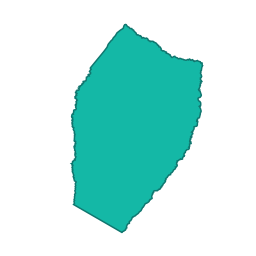 outline of General Alvear, Mendoza, Argentina, rotated 30°
{"feature_id": "61730980B19531104090182", "entity_name": "General Alvear", "entity_type": "district", "adm_level": 2, "iso_a3": "ARG", "parent_name": "Argentina", "parent_adm1": "Mendoza", "projection": "albers", "projection_center": [-66.959, -35.244], "detail": "fine", "context": "isolated", "style": "filled", "palette": "teal", "viewbox_px": 256, "rotation_deg": 30, "n_neighbors": 0, "source": "geoboundaries", "source_scale": "gbopen_adm2", "svg_char_len": 5799}
<svg xmlns="http://www.w3.org/2000/svg" viewBox="0 0 256 256"><g transform="rotate(30 128 128)"><path d="M173.9,66.7L175.1,65.4L175.3,63.5L175.0,62.8L172.1,60.2L171.2,60.1L171.2,59.4L170.4,59.8L169.9,59.5L169.8,59.1L170.0,58.4L169.4,55.0L168.9,55.0L168.9,54.0L168.4,53.4L168.8,52.7L167.8,51.9L168.7,51.2L168.8,50.8L166.4,49.7L165.7,48.4L166.2,47.8L166.0,46.5L165.4,46.2L165.3,45.7L163.2,44.2L163.3,43.3L162.4,42.3L162.8,41.6L161.6,38.6L161.4,36.6L161.0,36.6L160.2,35.6L159.8,34.7L159.3,34.7L158.6,35.3L157.5,34.5L155.4,35.0L154.4,34.8L153.2,36.2L152.4,36.5L152.3,37.1L151.8,37.3L151.2,36.9L150.6,37.0L149.8,36.5L149.3,36.9L148.9,37.8L148.3,38.0L147.5,37.5L146.7,37.6L146.5,38.7L145.6,38.7L144.4,40.3L141.7,41.1L141.1,40.9L140.1,41.5L139.0,41.4L137.9,41.9L137.6,42.5L136.8,42.9L135.8,42.6L133.6,43.0L132.7,42.5L132.0,43.1L131.0,44.9L130.6,45.0L128.9,44.4L128.1,43.6L127.4,43.9L126.8,43.6L124.9,43.7L123.8,44.1L123.3,43.1L123.0,43.1L122.7,43.3L120.3,43.3L119.3,44.0L118.4,43.8L117.8,43.9L116.8,42.5L116.4,42.5L115.5,41.8L114.0,42.2L113.3,41.2L112.2,41.5L111.9,41.1L109.7,40.4L108.5,40.6L108.0,40.4L107.3,40.8L106.6,40.4L106.1,40.5L105.0,41.1L104.2,42.0L103.8,41.6L102.8,42.0L102.0,41.7L101.7,41.9L100.6,41.0L99.2,40.8L98.0,41.9L96.1,42.0L95.2,43.1L93.7,42.0L92.9,42.3L92.5,41.9L91.8,42.3L89.9,42.3L89.6,42.8L89.1,42.8L88.2,42.5L87.7,41.8L84.8,41.1L83.8,40.4L82.6,40.7L81.6,40.0L79.8,40.8L78.3,40.2L76.8,40.4L74.8,39.4L74.2,39.5L73.5,40.2L73.4,41.4L74.0,44.2L72.6,46.8L70.9,51.1L70.9,54.3L70.2,57.3L70.3,59.2L69.7,60.9L69.1,64.5L69.0,65.6L69.5,68.5L68.8,74.0L65.4,94.5L65.4,95.0L66.7,95.5L66.4,96.5L66.7,97.0L66.3,97.9L66.4,98.4L68.1,98.9L68.4,99.8L67.9,100.4L67.9,101.4L67.2,101.2L66.9,101.6L68.1,102.3L67.4,102.6L67.3,103.9L66.6,104.8L67.7,107.0L67.9,108.3L65.9,110.1L66.0,110.4L67.0,110.8L66.8,111.8L66.4,112.1L66.7,112.7L66.1,113.1L66.5,113.9L65.7,115.2L65.9,115.8L65.8,116.1L64.9,116.2L64.8,116.6L65.6,117.0L65.8,117.5L65.1,118.3L66.4,118.9L66.5,119.6L66.1,120.2L65.0,120.6L65.0,121.4L64.7,121.9L65.1,122.4L64.7,123.3L65.1,123.8L66.5,123.6L66.4,125.2L67.2,125.3L67.2,125.6L66.7,126.1L66.7,126.8L66.4,127.4L66.6,127.8L67.3,127.7L67.6,128.3L67.5,128.6L68.9,128.6L69.1,129.0L70.1,129.3L69.8,129.9L70.1,130.7L69.9,131.4L71.0,132.0L71.0,132.7L71.4,133.4L70.9,133.5L70.8,134.3L71.3,134.9L72.0,135.0L72.2,136.1L73.5,137.0L73.5,138.4L72.3,139.3L72.2,139.8L72.4,140.5L72.7,140.6L73.2,142.1L73.1,143.0L73.7,143.4L72.8,144.2L73.4,146.2L74.1,146.9L74.7,146.5L75.3,147.7L75.8,148.0L75.5,148.6L76.1,149.0L75.8,149.5L76.7,149.8L76.7,150.9L76.9,151.5L77.2,151.5L77.3,152.0L78.0,152.1L78.0,153.1L79.1,153.9L79.0,154.6L80.0,155.0L80.8,154.8L81.4,156.7L83.4,157.8L83.9,159.1L84.4,159.2L84.6,159.9L85.3,160.1L85.5,160.6L85.4,161.3L86.0,161.8L86.0,162.4L86.8,163.6L87.0,164.5L87.6,165.0L87.7,165.9L88.3,166.3L88.9,165.8L89.4,165.9L89.4,166.4L90.5,167.6L90.1,167.9L90.1,168.4L90.8,169.4L90.6,170.0L91.1,170.4L90.5,170.6L90.5,170.9L91.2,171.3L91.0,171.6L91.9,172.6L92.4,172.8L92.9,173.9L93.4,173.9L94.5,175.1L94.5,175.7L95.6,176.4L95.0,177.0L95.6,178.0L96.4,178.8L97.1,178.8L97.3,179.1L97.6,181.0L98.1,182.0L97.3,182.0L97.6,182.9L96.8,184.5L97.1,184.7L96.9,185.0L97.5,186.7L97.0,187.1L97.8,187.2L97.9,187.8L98.8,187.8L98.6,188.5L99.5,189.4L99.2,190.0L99.7,190.2L100.1,191.0L100.7,191.2L100.5,191.8L101.0,192.2L101.0,192.5L101.6,192.7L101.6,193.7L103.2,194.6L103.3,195.0L104.5,195.9L104.9,196.5L104.7,197.2L105.0,197.6L105.7,198.2L106.2,198.1L106.2,198.6L108.0,200.5L109.8,200.5L110.1,200.8L110.2,202.7L111.5,204.0L111.5,205.1L112.5,205.9L112.5,206.7L113.3,207.6L113.3,208.8L115.2,210.7L114.9,212.1L115.8,213.1L115.9,214.1L116.9,215.7L117.1,217.0L118.0,217.5L117.8,218.3L118.0,218.7L119.3,220.0L119.1,221.5L174.9,221.5L175.1,221.3L175.0,220.7L176.1,219.1L176.1,218.4L176.7,217.9L176.8,217.1L176.4,215.9L176.9,215.1L175.9,213.8L175.7,212.6L175.9,210.9L176.8,210.0L176.8,209.5L176.0,208.8L176.0,208.0L176.7,206.9L176.7,204.6L176.4,203.6L176.5,202.8L177.1,202.4L177.5,201.2L178.3,200.3L178.6,198.9L179.4,197.3L179.7,196.2L179.7,195.2L180.6,193.1L180.4,189.5L180.8,188.8L180.8,184.9L181.8,183.7L182.6,182.2L183.0,181.1L182.7,179.9L183.1,179.5L182.8,178.9L183.9,177.5L184.0,176.7L183.0,175.9L182.4,174.4L182.5,173.2L182.1,172.7L182.3,172.3L181.9,172.1L182.0,170.9L182.3,170.7L181.8,169.9L182.6,168.8L183.7,168.4L184.2,167.8L184.9,167.5L185.1,166.5L185.5,166.0L185.5,165.4L186.1,165.2L186.3,164.8L186.2,163.9L186.4,163.5L186.1,163.0L186.5,162.4L186.2,162.2L186.5,161.5L186.3,161.1L186.7,160.7L186.5,158.5L186.9,157.6L186.9,156.7L187.2,156.0L187.0,155.2L186.4,154.9L186.7,153.7L186.0,153.1L186.1,152.7L186.7,150.9L186.5,150.1L187.0,148.8L186.8,148.4L188.2,147.1L187.6,146.0L188.4,144.4L188.6,142.7L188.4,141.6L189.2,140.3L189.2,138.1L188.8,138.0L189.3,137.5L189.5,136.2L189.1,135.4L188.1,135.1L187.9,134.2L187.3,133.4L187.7,132.7L187.6,132.2L187.1,131.9L187.9,130.9L188.5,129.4L188.9,129.3L189.0,128.5L189.9,128.4L190.7,127.7L190.1,126.3L190.4,124.9L190.8,124.5L190.7,123.7L190.1,123.7L189.3,121.8L189.9,120.6L189.4,119.4L189.8,117.3L190.7,116.7L191.2,115.9L191.3,115.3L190.8,114.2L190.2,114.2L190.5,113.0L189.3,111.1L190.4,109.9L190.3,109.6L189.8,109.2L189.1,109.5L188.4,109.1L188.8,108.3L187.9,108.2L187.6,107.5L188.0,106.7L187.1,105.8L187.3,105.2L187.6,105.1L187.7,104.3L187.0,104.5L186.5,104.0L187.2,103.1L186.7,102.4L186.6,101.5L187.0,100.6L186.1,99.8L185.1,99.8L185.3,99.2L185.9,98.6L185.5,97.7L185.7,97.1L185.6,95.7L184.6,93.9L186.6,92.0L186.6,90.8L185.5,88.8L185.4,87.7L184.4,87.2L184.4,87.6L184.1,87.8L183.7,86.9L183.7,86.5L184.0,86.7L184.2,86.3L183.8,85.6L183.7,84.5L184.7,83.4L183.6,79.6L183.1,78.8L183.2,78.2L182.9,76.8L181.1,75.0L180.0,74.3L179.7,73.9L179.8,73.5L178.9,73.5L179.6,71.9L178.4,69.9L177.0,69.1L176.2,69.2L174.9,68.7L174.0,67.8L173.9,66.7Z" fill="#14b8a6" stroke="#0f766e" stroke-width="1.5"/></g></svg>